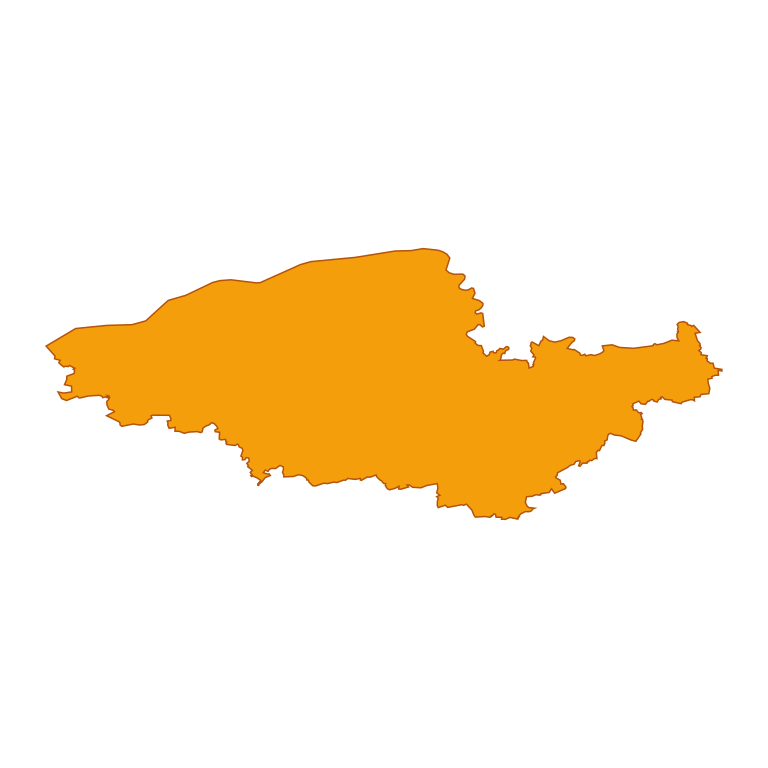 outline of Adare-Rathkeale Lea-6, Limerick, Ireland
{"feature_id": "5873133B54360294204800", "entity_name": "Adare-Rathkeale Lea-6", "entity_type": "district", "adm_level": 2, "iso_a3": "IRL", "parent_name": "Ireland", "parent_adm1": "Limerick", "projection": "equal_earth", "projection_center": [-8.823, 52.558], "detail": "fine", "context": "isolated", "style": "filled", "palette": "amber", "viewbox_px": 768, "rotation_deg": 0, "n_neighbors": 0, "source": "geoboundaries", "source_scale": "gbopen_adm2", "svg_char_len": 6102}
<svg xmlns="http://www.w3.org/2000/svg" viewBox="0 0 768 768"><path d="M46.1,346.1L55.0,356.0L54.6,358.8L60.1,360.3L58.8,362.7L61.2,365.0L63.9,367.0L65.4,366.2L68.3,366.6L69.4,365.5L74.8,368.2L73.2,369.2L74.6,370.2L74.1,373.5L66.8,376.2L66.7,379.6L64.5,384.7L71.5,386.1L71.7,391.9L63.9,393.1L58.1,392.0L61.7,398.6L66.5,400.5L77.4,396.2L78.8,397.8L80.2,397.9L88.3,396.0L99.1,395.3L101.7,396.0L102.9,397.7L105.4,396.8L107.3,397.7L108.0,396.9L107.4,396.7L108.6,396.4L107.6,395.6L108.8,395.8L109.7,397.7L108.7,398.3L108.8,399.6L107.1,401.0L106.6,402.5L107.3,404.2L106.9,404.9L108.8,409.1L113.1,410.2L114.4,411.7L106.6,415.7L119.1,421.8L119.8,422.5L120.2,425.1L121.8,426.3L133.4,424.0L139.2,425.0L144.2,424.6L147.7,422.0L147.6,420.7L148.6,419.6L151.9,418.0L151.1,415.8L152.0,415.2L169.4,415.3L170.9,418.5L170.9,420.4L167.2,421.1L168.0,423.2L167.7,424.9L169.1,428.3L175.2,427.3L174.9,431.2L179.2,431.3L184.3,433.3L188.8,432.1L197.2,431.6L200.8,432.6L202.2,431.8L203.0,428.1L205.6,426.2L209.6,424.6L211.4,422.7L214.2,423.6L216.8,426.3L217.9,428.6L214.9,430.0L215.2,431.7L219.6,432.3L219.2,438.9L220.8,439.9L225.5,439.4L225.9,441.6L226.7,442.0L226.0,443.3L226.5,444.4L235.3,445.5L237.5,444.1L238.3,444.6L239.2,446.9L242.1,448.3L242.9,450.4L240.9,456.1L242.4,457.2L242.4,459.9L244.9,459.6L246.1,457.6L248.6,458.0L249.3,461.1L246.8,463.4L248.3,465.5L247.7,466.6L252.4,470.3L250.2,472.4L252.4,475.3L250.8,475.5L251.6,476.6L252.8,476.1L256.8,477.7L260.8,480.4L257.7,484.1L257.8,485.2L258.7,485.4L259.0,484.1L262.0,481.8L265.1,477.7L270.3,475.5L269.2,473.9L267.3,474.0L263.3,472.7L265.3,470.0L268.0,471.4L269.6,469.2L271.8,468.4L275.4,468.6L280.0,465.4L283.3,466.9L283.4,469.6L282.5,472.3L283.8,475.1L283.8,476.9L293.3,476.5L298.8,474.7L303.0,475.7L306.5,478.2L306.8,480.0L308.2,480.1L309.2,482.3L312.8,485.8L315.7,485.9L323.9,483.2L327.5,483.6L333.8,482.1L337.0,482.5L343.3,480.2L345.6,480.2L347.8,478.5L355.4,479.4L360.0,478.4L360.5,478.6L360.3,480.0L361.3,480.4L367.2,477.1L370.3,477.1L376.1,475.0L376.8,476.8L380.0,480.1L381.5,480.7L383.6,483.4L385.7,483.6L385.3,485.7L387.4,488.7L389.4,489.8L394.9,488.4L399.0,486.3L398.6,489.0L401.1,489.2L408.6,486.9L407.1,485.0L409.3,484.9L412.6,487.3L420.9,487.8L426.8,485.5L437.2,483.6L437.9,488.1L436.7,492.8L439.9,495.3L436.7,496.6L438.3,498.5L437.4,501.1L437.3,505.5L438.2,507.6L445.4,505.2L447.7,507.4L461.9,504.7L463.6,505.4L466.4,504.1L471.9,510.1L474.0,515.3L475.4,517.1L485.3,516.5L490.0,517.3L491.5,516.4L491.3,515.7L492.7,515.5L493.9,513.7L495.5,514.4L496.1,517.2L501.8,517.3L501.5,519.2L505.2,519.4L510.1,517.4L517.6,519.1L518.2,518.8L517.9,517.5L519.2,516.8L518.8,516.4L520.7,513.9L525.3,511.6L529.3,511.7L531.5,510.8L532.6,509.1L534.6,508.2L529.0,507.6L527.3,506.4L525.3,502.4L526.6,496.7L532.1,496.3L535.9,494.7L539.7,495.2L540.9,494.6L540.8,493.7L549.2,492.4L551.5,488.8L554.7,493.2L565.5,488.6L566.0,487.2L563.4,483.7L561.0,484.0L560.2,480.2L555.6,477.6L555.7,476.5L557.0,475.8L557.5,472.8L567.5,467.5L570.1,465.4L574.2,464.1L575.7,461.5L579.6,460.6L580.2,461.8L578.6,465.7L580.0,466.3L582.6,463.1L587.0,463.2L587.3,461.8L588.7,461.7L589.5,460.2L591.6,460.6L594.8,458.4L596.9,458.6L596.3,452.7L598.0,450.3L599.5,450.6L601.9,445.5L603.9,445.5L604.9,443.2L604.6,441.0L607.1,439.9L607.8,435.5L608.7,434.2L610.4,433.3L614.3,435.0L621.1,435.8L631.0,440.0L635.9,441.3L640.9,434.0L640.4,432.8L642.6,429.4L642.3,425.5L643.0,421.8L642.5,419.6L641.4,419.2L641.9,418.5L640.7,414.5L642.1,413.6L641.1,412.5L639.4,412.9L638.0,412.1L636.1,409.8L633.5,410.2L633.0,407.8L632.0,406.5L633.1,405.7L632.7,403.9L638.8,401.1L641.1,403.8L645.5,404.3L647.8,401.3L649.0,401.3L651.3,399.5L653.0,399.6L653.7,401.0L657.2,402.0L658.7,399.4L661.2,398.8L660.6,397.5L661.1,397.0L662.7,397.2L664.9,399.4L672.0,400.1L672.4,401.7L681.1,403.7L682.0,402.2L690.3,399.7L692.4,399.7L694.5,400.8L694.3,397.3L700.0,396.8L701.0,394.4L708.8,393.7L709.8,388.2L708.3,383.5L707.8,379.2L712.1,378.2L711.8,376.6L715.0,375.3L718.5,375.2L718.2,370.4L721.9,371.0L721.9,369.4L714.3,368.1L713.0,363.2L710.5,363.3L707.1,360.9L707.3,358.5L706.1,358.3L707.3,355.7L701.0,354.7L701.2,352.5L698.8,350.5L700.6,349.2L701.1,347.6L699.5,345.9L700.2,345.5L699.9,343.4L697.5,340.7L695.1,333.3L700.1,332.4L693.7,325.4L691.5,326.5L691.0,325.5L687.5,324.6L687.5,323.2L683.7,321.6L679.3,322.4L677.1,324.3L678.2,326.7L677.6,329.2L678.4,331.6L677.5,331.9L678.0,332.6L676.9,334.1L677.1,337.7L678.8,340.8L671.9,340.2L663.8,343.4L656.9,344.8L655.0,343.7L653.5,344.4L653.2,345.5L651.3,346.0L633.5,348.3L619.5,347.4L612.2,344.8L602.3,345.9L603.8,350.5L603.4,351.5L600.3,353.6L594.8,355.5L590.9,354.7L585.7,355.8L584.8,354.2L582.3,355.3L580.4,355.2L579.9,353.2L574.0,349.4L572.9,349.8L567.2,348.4L571.3,343.1L574.4,340.6L574.8,338.9L572.7,337.4L569.0,337.3L560.8,340.8L554.8,342.1L549.1,340.7L543.5,336.5L542.6,340.2L540.9,341.1L538.9,345.7L532.1,342.0L531.0,342.8L531.1,344.2L530.2,345.6L531.7,348.0L530.8,351.2L534.0,355.0L532.8,356.8L535.2,357.1L535.6,358.1L533.4,362.8L533.8,364.5L532.9,364.8L533.4,366.4L529.1,368.0L528.4,363.1L527.3,362.3L526.7,360.4L521.4,360.5L514.5,359.1L512.6,360.0L499.7,360.3L500.6,359.7L501.5,354.6L503.1,353.2L504.7,353.5L505.6,350.8L508.6,349.4L508.9,348.0L507.9,346.8L506.3,346.6L503.5,349.1L499.6,348.5L498.6,350.0L496.8,350.7L496.3,352.6L495.6,352.9L493.5,352.7L493.1,351.3L490.0,352.1L489.3,354.6L486.5,356.2L483.0,352.9L483.4,351.2L481.3,345.6L477.9,345.4L475.2,343.2L475.6,341.6L467.4,336.3L466.3,334.3L467.2,331.9L474.3,329.2L478.1,324.7L480.0,324.7L482.5,326.9L484.3,326.2L482.7,313.5L481.0,312.9L476.9,314.1L475.1,312.6L475.7,310.8L479.0,309.8L481.3,307.8L482.9,305.2L482.9,303.3L479.4,300.6L472.4,298.4L475.0,293.3L473.5,288.4L471.5,288.0L468.5,289.8L465.6,290.3L461.4,289.4L459.0,287.8L459.0,285.3L464.6,279.2L465.0,276.0L462.8,274.1L453.8,274.3L449.1,272.7L446.0,270.0L449.8,258.1L447.0,254.3L442.8,251.8L438.0,250.2L423.0,248.6L411.2,250.6L395.2,251.0L355.2,257.4L311.0,261.6L300.4,264.6L260.3,282.6L256.6,282.9L230.9,279.8L220.0,280.6L212.6,282.5L185.9,295.3L168.2,300.4L145.7,320.9L131.9,324.7L107.0,325.4L75.7,328.5L46.1,346.1Z" fill="#f59e0b" stroke="#b45309" stroke-width="1.5"/></svg>